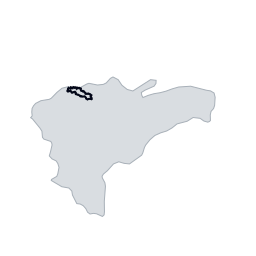 San Felipe de Puerto Plata, Puerto Plata, Dominican Republic shown in context, rotated 332°
{"feature_id": "3306468B57439307714728", "entity_name": "San Felipe de Puerto Plata", "entity_type": "district", "adm_level": 2, "iso_a3": "DOM", "parent_name": "Dominican Republic", "parent_adm1": "Puerto Plata", "projection": "robinson", "projection_center": [-70.701, 19.686], "detail": "fine", "context": "in_parent", "style": "outline", "palette": "ink", "viewbox_px": 256, "rotation_deg": 332, "n_neighbors": 0, "source": "geoboundaries", "source_scale": "gbopen_adm2", "svg_char_len": 4400}
<svg xmlns="http://www.w3.org/2000/svg" viewBox="0 0 256 256"><g transform="rotate(332 128 128)"><path d="M47.3,170.7L47.5,161.1L48.8,157.3L47.6,153.2L42.0,148.8L38.6,143.2L35.6,138.3L36.3,137.5L42.4,137.3L44.5,135.5L48.6,130.4L49.4,126.3L49.1,123.3L46.4,119.6L45.4,115.7L48.7,112.3L53.0,107.3L53.6,105.4L53.5,103.6L48.5,98.3L48.1,96.1L50.5,90.4L50.2,86.7L47.9,75.0L46.9,73.2L49.1,72.3L50.5,68.8L52.5,65.7L55.1,64.0L58.0,62.9L63.9,63.0L71.9,65.7L74.2,65.7L82.0,63.2L88.4,61.9L94.5,63.4L96.9,65.5L101.9,68.9L104.5,69.9L112.4,69.8L114.5,70.2L121.2,75.7L126.7,77.9L130.0,78.0L135.8,75.9L138.7,75.9L142.0,80.7L142.7,87.4L145.4,93.6L149.7,97.6L170.6,95.9L175.2,99.1L173.6,101.8L170.7,103.3L160.8,102.6L156.4,102.9L155.5,105.6L155.5,108.1L161.3,108.7L167.0,109.9L172.9,111.9L178.8,113.3L185.4,114.2L192.0,115.6L202.9,120.5L215.0,131.5L218.3,134.0L220.4,137.5L219.4,141.7L215.1,148.7L212.7,151.0L209.1,152.3L206.7,155.2L204.3,160.1L202.9,160.5L201.2,160.3L198.3,157.5L196.2,153.3L190.4,149.3L183.4,149.8L173.2,147.4L167.0,148.6L160.8,148.8L154.5,147.6L148.2,147.2L141.8,148.7L135.7,151.3L133.4,152.9L129.4,156.9L127.3,158.4L112.4,160.4L108.0,157.4L104.0,153.5L98.3,152.9L89.9,156.0L84.7,157.1L82.5,158.4L81.9,160.0L81.9,165.5L80.7,168.9L72.6,181.7L68.0,190.7L66.1,193.5L63.9,194.1L59.9,188.9L57.3,187.1L54.1,186.1L52.8,183.4L52.9,179.4L52.0,175.6L50.1,172.7L47.3,170.7Z" fill="#d9dde1" stroke="#a8b0b8" stroke-width="1"/><path d="M110.8,82.0L111.0,82.0L111.1,81.9L110.9,81.6L110.8,81.2L110.5,81.0L110.5,80.9L110.5,80.6L110.5,80.4L110.3,80.3L110.2,80.2L109.7,79.8L109.6,79.7L109.6,79.4L109.4,79.1L109.0,79.2L108.9,79.1L108.8,78.9L108.6,78.7L108.1,78.8L107.8,78.7L107.5,78.5L107.3,78.3L107.1,78.2L106.7,78.0L106.5,77.9L106.5,77.7L106.7,77.4L106.8,77.2L107.0,77.1L107.0,76.9L106.9,76.8L106.8,76.7L106.7,76.6L106.5,76.4L106.4,76.3L106.3,76.2L106.2,75.8L106.2,75.7L106.4,75.2L106.3,74.9L106.1,74.7L105.9,74.4L105.7,74.6L105.4,74.6L105.4,74.3L105.3,74.2L104.7,73.6L104.4,73.5L104.3,73.4L104.1,73.2L104.1,72.6L104.2,72.0L104.3,71.9L104.5,71.8L104.6,71.6L104.8,71.4L104.9,71.2L105.0,70.8L105.1,70.6L105.1,70.4L105.1,70.5L104.7,70.6L104.4,70.5L104.4,70.4L104.3,70.2L104.2,70.0L103.9,70.1L103.7,70.1L103.6,69.9L103.5,69.7L103.4,69.7L103.2,69.4L102.9,69.3L102.8,69.2L102.7,69.0L102.6,68.9L102.4,68.9L102.3,68.7L102.2,68.7L101.9,68.5L101.7,68.5L101.6,68.4L101.6,68.2L101.4,68.2L101.4,68.3L101.3,68.5L101.2,68.6L101.2,68.4L101.2,68.6L101.0,68.4L100.9,68.4L100.9,68.2L101.0,68.2L100.8,67.8L100.8,67.7L100.7,67.6L100.4,67.5L100.2,67.5L100.2,67.4L100.0,67.2L100.0,67.3L99.9,67.3L99.7,67.3L99.8,67.1L99.7,67.1L99.7,66.9L99.5,66.7L99.4,66.7L99.2,66.6L99.0,66.4L98.9,66.3L98.8,66.2L98.7,66.2L98.7,66.3L98.3,66.3L98.2,66.4L98.0,66.5L97.9,66.5L97.7,66.4L97.6,66.5L97.4,66.8L97.1,66.8L97.0,66.7L97.0,66.4L97.2,66.2L97.3,66.2L97.2,66.0L97.2,65.9L97.0,65.7L96.9,65.6L96.9,65.4L96.7,65.2L96.4,65.5L96.2,65.7L96.2,65.8L96.0,66.0L95.7,66.2L95.4,66.1L95.3,65.9L95.0,65.6L94.6,65.2L94.5,64.8L94.4,64.8L94.4,64.7L94.0,64.8L93.7,64.9L93.7,65.0L93.5,65.3L93.2,65.6L93.1,65.9L93.0,66.0L92.5,66.2L92.2,66.6L91.9,66.7L91.8,66.8L91.8,67.1L91.9,67.4L92.0,67.4L92.2,67.5L92.5,67.8L92.9,67.8L93.1,67.8L93.2,67.7L93.3,67.7L93.6,67.9L93.7,68.0L94.1,68.0L94.3,67.9L94.5,67.9L94.7,68.1L94.8,68.2L94.8,68.6L94.9,68.8L94.9,69.0L94.8,69.4L94.8,69.5L94.9,70.4L95.0,70.5L95.4,70.7L95.6,70.8L95.9,70.8L96.1,70.8L96.4,70.5L96.5,70.5L96.9,70.8L97.2,71.0L97.3,71.1L97.7,71.0L97.9,71.0L98.2,71.0L98.3,71.1L98.4,71.8L98.4,72.0L98.5,72.2L98.5,72.5L98.2,72.8L97.9,73.0L97.8,73.5L98.1,73.6L98.4,73.8L98.5,73.9L98.6,74.0L98.7,74.5L98.8,74.8L99.0,75.0L99.6,75.1L99.8,75.4L99.9,75.7L99.9,75.8L100.1,76.0L100.5,76.4L100.6,76.5L100.6,77.2L100.6,77.4L100.8,77.7L101.1,78.0L101.3,77.8L101.5,77.7L101.8,77.9L102.2,78.3L102.4,78.9L102.6,79.0L103.0,79.1L103.3,79.3L103.9,79.4L104.1,79.5L104.4,79.6L104.5,79.6L104.8,80.0L104.8,80.6L104.8,80.8L105.1,81.2L105.1,81.4L105.1,81.7L105.1,81.9L105.1,82.0L104.9,82.1L104.8,82.3L104.9,82.6L105.1,82.7L105.2,82.8L105.3,83.0L105.3,83.3L105.5,83.6L105.6,83.8L106.0,83.8L106.8,83.8L107.1,84.0L107.6,84.0L107.8,84.1L107.8,84.3L108.4,84.7L108.7,84.9L108.9,85.1L109.2,85.3L109.3,85.5L109.5,85.5L109.6,85.4L109.6,85.0L109.6,84.9L109.8,84.8L109.9,84.7L110.0,84.2L109.8,83.9L109.8,83.7L109.9,83.3L109.9,83.2L109.8,82.8L109.8,82.5L109.8,82.4L109.9,82.2L110.3,82.2L110.5,81.9L110.8,82.0Z" fill="none" stroke="#020617" stroke-width="2"/></g></svg>